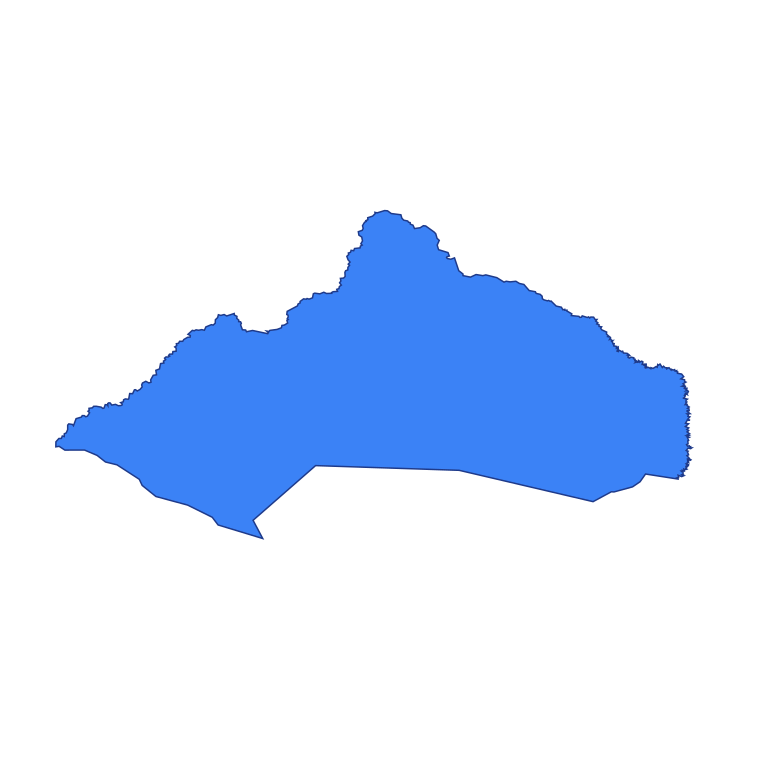 Raga, Western Bahr el Ghazal, South Sudan (Equal Earth projection), rotated 99°
{"feature_id": "79223893B70929244954658", "entity_name": "Raga", "entity_type": "district", "adm_level": 2, "iso_a3": "SSD", "parent_name": "South Sudan", "parent_adm1": "Western Bahr el Ghazal", "projection": "equal_earth", "projection_center": [25.202, 8.544], "detail": "fine", "context": "isolated", "style": "filled", "palette": "blue", "viewbox_px": 768, "rotation_deg": 99, "n_neighbors": 0, "source": "geoboundaries", "source_scale": "gbopen_adm2", "svg_char_len": 6047}
<svg xmlns="http://www.w3.org/2000/svg" viewBox="0 0 768 768"><g transform="rotate(99 384 384)"><path d="M475.3,438.8L457.5,296.3L467.5,159.1L454.9,142.6L454.6,139.9L446.7,122.4L440.5,115.8L432.0,111.6L431.9,77.9L431.0,80.2L430.0,78.4L428.1,79.2L428.9,75.5L427.7,73.6L427.6,74.9L426.9,74.3L426.7,75.3L426.3,74.5L423.7,75.0L424.0,76.3L423.5,76.9L423.2,75.2L422.6,75.6L422.9,73.8L421.2,74.5L421.6,73.4L420.7,71.5L420.0,72.7L418.4,71.7L418.3,73.5L417.0,70.6L416.0,70.6L416.9,71.5L415.7,73.0L415.5,72.1L414.2,72.2L413.6,70.2L413.8,71.7L411.3,72.4L412.0,71.1L411.1,71.0L411.4,69.4L410.9,69.0L410.1,71.7L409.6,70.9L407.4,73.6L406.3,72.1L403.6,73.7L402.8,73.1L402.4,75.1L399.7,73.6L399.9,71.0L399.0,70.1L399.2,71.2L397.9,71.3L398.1,72.4L397.3,72.8L397.9,74.5L396.5,75.7L395.5,74.3L392.7,75.1L392.1,74.3L389.4,76.0L389.0,74.5L387.9,77.2L387.2,74.6L386.6,76.2L385.4,74.3L383.6,77.8L383.7,76.7L382.2,75.8L381.5,77.8L379.7,76.2L378.9,79.7L375.7,77.0L375.6,80.1L372.5,78.9L371.9,76.1L371.3,78.5L368.6,76.8L368.5,78.8L366.9,78.5L366.1,80.0L365.4,77.1L363.7,80.3L362.3,80.5L363.3,79.8L362.6,78.4L360.7,79.0L360.5,80.4L359.0,79.0L357.9,81.3L356.8,81.4L357.2,83.3L354.5,82.1L354.5,83.0L352.7,83.1L351.5,82.0L351.1,86.7L350.9,85.3L348.8,84.7L347.9,86.1L348.2,84.7L346.5,84.9L347.0,82.9L345.6,84.0L345.4,82.7L343.7,82.2L343.1,83.0L343.5,84.6L342.7,83.8L341.6,85.8L341.5,84.2L340.8,84.1L341.0,86.5L339.4,86.0L339.5,89.1L338.1,87.0L337.0,88.7L334.9,86.1L334.5,87.4L332.8,87.8L332.5,91.6L329.9,89.1L327.6,91.6L327.5,95.8L326.1,95.8L325.9,97.0L325.0,97.0L325.7,98.5L324.3,99.2L325.0,100.6L324.5,102.4L325.3,102.6L323.3,105.1L324.7,107.0L323.7,107.1L324.0,108.7L322.7,110.7L324.2,111.7L321.1,114.5L322.5,115.9L322.0,116.7L324.7,116.8L324.2,118.0L326.5,120.7L326.1,122.9L327.1,122.9L326.2,125.4L327.0,127.7L326.2,127.3L326.3,128.6L325.4,128.0L325.0,129.6L324.1,128.0L323.3,128.2L324.2,132.1L321.7,131.7L321.1,133.0L322.0,134.2L321.1,136.0L322.5,135.6L321.9,137.5L323.2,136.4L322.6,137.4L323.4,139.1L321.9,138.2L321.8,140.0L320.3,139.9L320.0,141.4L319.0,141.4L318.8,144.4L320.0,145.5L319.6,147.1L318.4,147.2L317.5,146.1L317.3,147.9L316.6,146.9L315.7,148.6L315.9,152.4L314.3,153.4L314.9,154.2L313.7,157.5L315.3,157.7L315.0,159.0L312.5,158.1L311.7,158.3L312.1,159.0L311.1,158.8L312.1,160.1L310.5,160.1L310.4,163.1L308.2,163.0L308.5,164.2L306.1,165.0L306.7,166.4L305.3,165.0L305.5,166.0L304.1,167.1L304.7,168.2L302.6,167.6L301.6,169.5L302.3,169.6L302.2,170.5L301.3,169.9L299.9,172.1L297.9,172.2L296.4,177.4L295.1,178.7L293.5,178.0L293.5,180.6L291.8,180.9L291.4,183.2L290.0,182.4L288.8,184.7L287.0,183.8L287.3,185.5L285.2,187.4L285.5,190.2L286.6,191.2L285.7,192.4L286.5,193.6L285.7,198.9L287.1,199.4L287.6,201.0L286.7,202.1L287.1,209.7L285.3,209.5L283.3,214.8L282.5,214.8L282.8,217.1L282.0,217.2L282.7,219.0L280.4,220.8L280.1,226.1L275.9,232.0L276.4,232.8L275.7,234.5L276.3,235.5L275.9,239.1L275.0,240.9L272.5,241.6L271.0,243.8L270.7,247.9L269.2,248.9L269.0,255.2L263.8,261.4L263.5,266.0L261.9,269.8L263.4,275.5L263.4,279.4L264.6,281.4L261.3,289.2L260.3,300.5L261.5,303.3L261.5,310.2L264.9,315.3L264.6,322.9L263.0,323.2L260.4,327.9L248.4,334.1L250.3,337.5L250.2,341.1L249.3,342.0L248.4,341.6L247.4,339.5L244.2,341.3L242.8,351.1L238.5,353.2L233.5,351.9L231.8,354.4L227.5,356.4L226.1,358.2L221.4,367.5L221.5,369.9L224.0,372.7L225.7,378.2L222.6,380.2L222.0,383.0L220.5,383.4L220.4,385.1L219.3,386.1L219.1,390.2L217.4,392.3L214.2,393.8L214.5,403.5L212.4,407.6L212.6,410.5L216.0,417.5L215.9,419.8L217.0,419.3L220.0,421.5L222.3,426.1L224.2,425.6L225.5,427.5L226.2,427.0L227.3,428.5L231.0,430.0L233.6,428.9L235.6,429.5L237.6,433.2L240.9,432.1L242.3,429.0L246.1,427.6L249.1,428.8L250.2,427.3L251.5,428.9L253.3,428.9L254.8,434.3L257.1,434.8L257.1,437.4L259.2,437.7L260.2,439.7L261.6,439.1L263.7,440.7L267.0,438.9L268.9,436.6L271.2,438.1L272.1,436.6L274.4,437.9L277.0,437.6L278.1,439.6L279.8,440.1L283.9,439.2L285.7,440.5L286.5,443.6L289.0,442.7L291.0,443.7L293.0,441.6L294.7,443.3L296.9,443.5L297.9,445.5L299.8,444.4L300.8,448.7L301.9,450.1L302.6,449.8L303.6,455.0L302.8,457.8L305.0,461.5L305.1,466.6L305.9,467.9L310.1,468.1L311.9,471.3L311.6,473.4L312.4,474.0L312.5,476.8L315.6,479.8L317.0,479.5L318.4,481.4L320.4,481.7L327.4,491.0L330.6,490.9L331.0,489.6L332.8,489.1L334.5,489.8L335.3,488.7L336.2,489.9L338.9,488.7L341.4,491.7L342.1,494.0L344.5,494.1L346.8,498.1L348.9,505.1L350.1,505.8L350.1,508.2L351.3,506.3L352.5,506.7L351.7,522.2L353.9,528.0L352.3,529.1L352.6,532.3L348.0,534.9L346.4,534.4L345.0,535.4L345.1,537.3L343.7,537.4L342.2,539.7L340.2,539.8L339.3,542.6L337.8,543.0L341.4,550.0L340.4,552.8L341.8,555.9L341.5,558.4L344.4,558.7L346.9,560.6L350.3,560.2L352.5,561.9L352.4,563.8L355.5,568.9L359.0,569.8L358.8,572.5L359.9,575.5L359.9,578.1L361.1,579.8L361.0,581.7L365.6,585.4L366.4,582.9L368.0,582.8L368.6,585.3L371.4,588.7L373.3,589.5L373.8,592.6L375.9,593.3L376.7,595.4L378.5,594.7L380.1,596.5L381.1,594.9L384.1,594.4L385.0,597.6L387.5,597.6L388.1,600.5L389.5,601.2L390.0,600.1L391.1,601.4L391.4,603.6L392.8,604.8L394.1,603.5L395.9,605.4L397.7,604.7L398.8,607.9L404.2,608.1L406.2,611.5L410.5,610.1L411.5,613.3L416.4,615.1L418.7,614.4L419.7,616.4L418.6,619.7L420.8,622.7L422.8,623.2L424.7,622.4L427.5,624.1L429.5,626.6L428.5,628.5L428.8,629.6L432.9,630.8L433.2,633.7L438.4,633.8L439.1,634.2L439.2,637.2L440.3,638.7L442.3,638.7L443.6,641.2L444.4,639.7L445.5,639.3L446.4,640.4L447.0,643.0L446.1,646.0L447.4,649.6L445.6,651.4L445.6,652.8L446.5,653.8L448.5,653.4L447.8,654.0L448.0,656.1L451.6,656.8L452.1,657.9L451.1,659.7L451.0,664.7L451.5,667.4L453.1,668.2L454.2,671.6L456.3,671.1L457.2,672.1L458.5,670.3L462.2,671.9L463.0,673.5L462.1,675.1L462.4,677.1L464.0,677.7L466.4,682.7L473.8,684.2L472.7,685.3L472.7,689.1L474.1,690.0L478.5,689.3L482.0,690.2L483.2,692.0L485.9,691.6L485.7,693.6L488.2,694.1L488.7,696.6L492.4,699.0L497.4,698.3L496.4,695.1L499.2,688.9L496.1,669.4L499.4,656.2L504.6,646.9L505.6,635.1L516.4,610.8L522.0,607.0L530.8,591.7L534.3,559.1L542.5,532.8L549.2,525.8L555.6,479.6L539.1,492.0L475.3,438.8Z" fill="#3b82f6" stroke="#1e3a8a" stroke-width="1.5"/></g></svg>